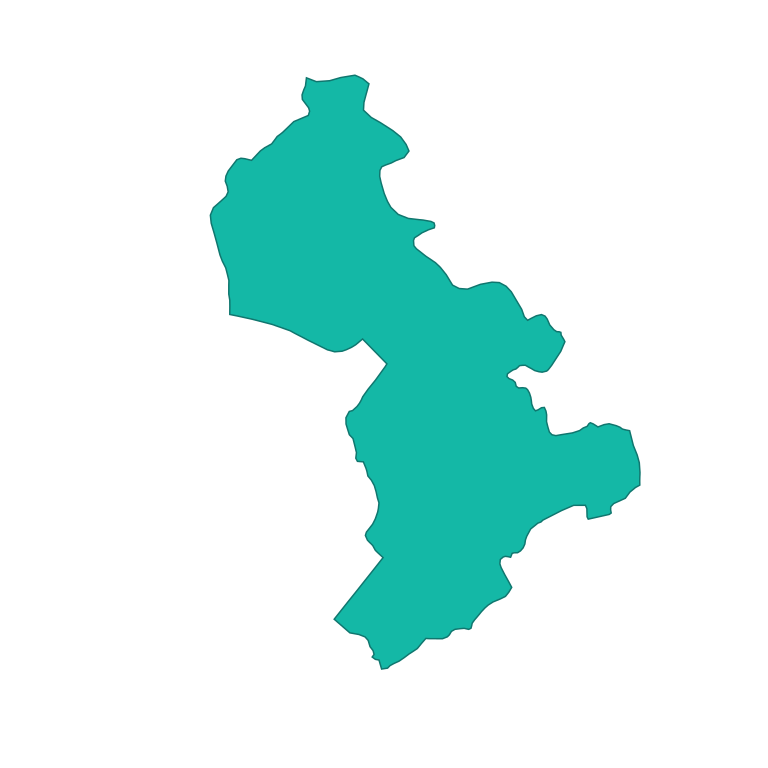 Al-Kadhmiyah, Sala ad-Din, Iraq, rotated 311°
{"feature_id": "34846034B5863384083959", "entity_name": "Al-Kadhmiyah", "entity_type": "district", "adm_level": 2, "iso_a3": "IRQ", "parent_name": "Iraq", "parent_adm1": "Sala ad-Din", "projection": "natural_earth1", "projection_center": [44.187, 33.463], "detail": "fine", "context": "isolated", "style": "filled", "palette": "teal", "viewbox_px": 768, "rotation_deg": 311, "n_neighbors": 0, "source": "geoboundaries", "source_scale": "gbopen_adm2", "svg_char_len": 4443}
<svg xmlns="http://www.w3.org/2000/svg" viewBox="0 0 768 768"><g transform="rotate(311 384 384)"><path d="M576.2,250.0L579.3,243.5L581.4,234.5L581.0,224.4L578.9,209.9L576.8,199.5L577.2,188.9L578.6,187.8L583.4,184.1L591.8,180.0L592.5,179.7L600.7,175.7L600.6,173.7L600.5,167.9L599.3,163.6L598.0,159.5L593.8,156.0L586.9,150.3L582.6,147.5L577.2,144.0L571.6,138.4L567.8,134.6L564.2,124.6L557.4,129.2L553.3,130.5L548.4,132.5L545.2,135.7L543.0,145.9L541.1,148.9L537.0,150.7L522.9,143.8L519.5,143.5L511.5,142.8L507.3,142.4L503.7,141.7L500.7,141.0L497.4,141.3L491.5,141.7L484.2,139.0L478.9,137.8L474.0,137.6L465.9,137.3L462.7,131.1L460.5,127.9L456.7,125.8L453.5,126.0L448.7,126.3L442.6,126.7L437.2,128.3L433.0,131.1L430.4,135.9L426.8,140.3L422.0,141.7L417.5,141.2L410.3,140.3L405.2,139.6L397.5,142.2L392.0,148.1L386.5,156.7L380.8,165.3L373.7,175.7L370.7,181.3L367.8,188.4L363.8,194.2L361.8,197.0L360.3,199.1L356.9,201.9L350.0,207.9L346.0,212.7L341.5,216.7L335.4,221.9L335.3,222.0L339.0,228.5L346.5,242.2L355.6,260.5L356.7,263.2L356.7,263.3L362.6,278.2L363.6,282.9L365.2,289.5L367.3,298.3L370.5,310.5L372.7,318.9L374.2,321.9L375.9,325.6L381.3,330.9L385.2,333.1L390.6,335.5L395.1,336.9L403.9,338.3L401.1,373.0L398.1,373.5L384.8,374.7L381.5,375.0L369.8,375.4L360.5,376.3L356.9,377.4L353.5,378.1L349.3,378.4L345.9,378.0L343.3,377.7L340.5,375.8L333.6,377.4L328.9,381.6L326.0,386.2L323.0,391.1L322.5,396.4L317.2,404.0L315.3,406.6L314.2,408.2L309.5,411.4L308.2,414.7L311.7,419.5L310.7,421.5L308.4,426.0L306.8,428.5L304.0,432.2L303.1,437.6L301.2,442.7L301.0,443.3L297.4,448.9L293.7,453.8L291.0,458.2L286.4,461.4L283.3,463.2L279.6,464.7L276.3,466.0L270.7,467.4L260.7,467.9L257.5,469.3L255.3,473.9L255.0,477.0L254.9,479.4L254.7,481.5L252.8,486.6L252.6,490.0L252.4,497.2L242.3,497.7L233.5,498.1L206.6,499.3L195.9,499.7L173.8,500.7L173.8,521.5L178.5,529.4L180.7,535.6L180.1,540.3L176.6,545.8L175.6,550.7L173.4,553.9L170.2,554.2L170.5,558.1L172.4,561.3L167.3,569.2L171.9,573.1L175.4,573.3L179.7,574.9L184.7,577.2L190.9,578.8L196.6,580.0L200.7,581.2L206.2,582.7L212.8,582.5L219.4,582.5L221.4,585.1L228.2,593.0L230.2,595.3L234.8,597.7L237.6,597.9L240.8,597.3L241.9,597.3L245.4,598.5L249.1,601.8L252.2,604.8L254.4,608.9L256.7,609.9L259.2,608.7L261.3,607.5L265.4,607.1L269.1,607.1L276.2,606.9L281.3,607.1L285.7,607.7L291.1,609.3L298.1,612.8L303.4,615.0L308.7,614.8L314.3,613.8L316.1,609.1L319.4,600.0L322.3,592.8L324.3,589.4L327.9,586.9L331.7,587.5L333.5,588.6L335.0,590.8L336.3,593.2L337.5,592.8L340.3,591.8L342.0,593.0L344.3,595.5L347.6,596.5L351.6,596.5L355.6,595.3L359.2,593.0L362.8,591.6L370.8,589.8L379.9,591.4L382.9,593.0L385.5,593.2L391.7,595.7L404.9,601.0L416.8,606.7L420.5,610.9L424.6,615.6L423.0,618.9L417.0,624.4L416.0,626.8L433.4,639.6L435.7,640.1L437.7,637.6L440.2,635.6L444.5,635.8L452.4,639.4L456.1,641.1L463.7,640.5L470.9,641.7L475.5,643.4L478.6,640.6L482.1,637.7L483.4,636.7L485.1,635.3L492.1,628.3L496.5,621.7L501.2,612.5L509.9,600.0L508.0,596.7L506.4,593.5L506.2,590.5L504.9,586.6L501.7,580.0L497.8,576.8L491.9,573.6L491.7,571.6L491.1,567.9L490.1,565.1L488.5,564.7L485.3,565.1L481.5,563.2L477.2,562.2L470.7,558.3L462.5,551.4L457.8,547.6L455.9,544.1L456.2,540.4L458.9,536.1L462.2,531.4L467.4,527.0L469.8,524.0L471.5,520.4L469.4,518.4L465.7,517.3L463.1,515.9L463.6,512.7L465.8,508.6L468.2,506.0L470.3,503.5L472.6,499.7L473.9,496.0L473.9,493.7L472.1,491.0L469.3,488.2L469.0,485.3L471.3,482.0L471.4,478.5L470.1,474.8L470.3,471.9L472.7,470.5L475.4,471.1L477.4,471.6L479.6,472.3L481.8,473.7L484.4,474.1L486.1,474.2L486.8,474.3L489.0,476.3L490.9,478.4L491.5,481.5L492.3,485.0L493.0,488.9L494.9,492.9L496.7,495.6L500.5,498.3L502.5,498.6L508.0,498.3L518.0,496.9L524.6,496.0L530.7,494.0L534.6,492.8L535.6,490.4L537.1,485.7L539.0,483.6L538.3,481.9L536.8,480.0L536.4,476.6L537.3,470.4L540.1,464.5L540.9,461.0L539.7,457.3L535.4,454.2L529.6,451.8L526.3,450.6L526.8,445.8L530.6,439.1L530.7,438.9L534.1,428.6L537.1,419.6L537.9,412.0L536.2,404.5L531.7,398.7L522.5,391.4L510.4,384.8L505.4,378.1L503.6,370.9L504.7,367.4L507.3,359.3L509.0,350.0L509.3,343.2L507.9,331.8L507.3,319.7L508.0,315.8L511.7,312.1L514.4,311.1L518.7,312.4L523.1,313.5L529.6,316.4L534.9,319.5L536.9,318.3L538.4,316.1L537.5,312.8L533.3,305.8L531.2,302.9L524.9,293.7L521.3,283.5L521.8,273.3L524.1,266.8L527.9,259.2L533.9,249.9L537.9,244.5L542.5,240.8L543.3,240.6L546.5,239.8L550.2,241.5L555.6,244.5L560.4,246.4L568.1,250.6L576.2,250.0Z" fill="#14b8a6" stroke="#0f766e" stroke-width="1.5"/></g></svg>